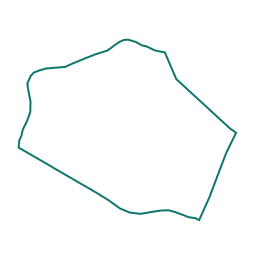 Docamel/La Resource, Vieux Fort, Saint Lucia, rotated 93°
{"feature_id": "8701671B98536206371918", "entity_name": "Docamel/La Resource", "entity_type": "district", "adm_level": 2, "iso_a3": "LCA", "parent_name": "Saint Lucia", "parent_adm1": "Vieux Fort", "projection": "robinson", "projection_center": [-60.956, 13.742], "detail": "fine", "context": "isolated", "style": "outline", "palette": "teal", "viewbox_px": 256, "rotation_deg": 93, "n_neighbors": 0, "source": "geoboundaries", "source_scale": "gbopen_adm2", "svg_char_len": 1000}
<svg xmlns="http://www.w3.org/2000/svg" viewBox="0 0 256 256"><g transform="rotate(93 128 128)"><path d="M56.4,165.1L57.8,168.0L60.1,173.2L66.2,186.1L70.3,194.0L72.8,212.6L74.0,216.2L74.7,218.5L77.5,224.8L80.8,227.7L84.5,229.2L88.3,230.8L92.7,230.2L100.8,228.2L107.0,226.7L111.5,226.6L117.0,226.4L118.1,226.7L125.5,228.9L135.2,233.0L141.3,234.0L145.9,235.9L152.2,236.1L153.3,236.2L156.5,229.9L171.2,201.2L172.4,199.0L186.0,172.4L187.8,168.8L194.1,156.5L196.1,152.8L201.1,143.7L205.5,136.9L208.8,131.7L212.3,122.0L213.1,111.0L210.6,100.0L210.4,99.0L208.8,91.5L208.6,89.1L208.0,83.1L208.6,80.7L209.6,76.0L212.7,66.2L213.9,62.7L214.6,55.7L215.8,53.0L216.2,52.1L192.2,42.8L188.5,41.7L185.2,40.6L165.7,34.4L148.0,28.7L127.1,19.8L123.3,25.9L76.7,82.3L50.5,95.2L50.2,98.3L49.6,102.3L48.9,105.8L47.3,109.5L46.5,111.3L45.8,113.5L45.3,114.4L44.9,118.2L41.6,124.9L39.8,132.5L40.2,136.5L42.4,140.9L45.7,145.4L49.2,149.4L51.9,153.0L53.3,156.8L56.4,165.1Z" fill="none" stroke="#0f766e" stroke-width="2"/></g></svg>